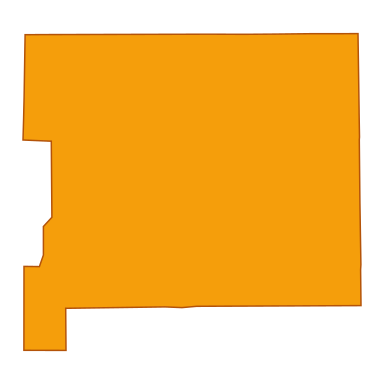 St. Joseph, Indiana, United States of America
{"feature_id": "52423323B40816169935337", "entity_name": "St. Joseph", "entity_type": "district", "adm_level": 2, "iso_a3": "USA", "parent_name": "United States of America", "parent_adm1": "Indiana", "projection": "albers", "projection_center": [-86.288, 41.597], "detail": "fine", "context": "isolated", "style": "filled", "palette": "amber", "viewbox_px": 384, "rotation_deg": 0, "n_neighbors": 0, "source": "geoboundaries", "source_scale": "gbopen_adm2", "svg_char_len": 547}
<svg xmlns="http://www.w3.org/2000/svg" viewBox="0 0 384 384"><path d="M361.0,305.6L360.6,269.6L360.9,264.7L359.9,201.8L359.3,139.8L359.5,137.1L359.1,112.8L359.1,111.0L358.0,33.6L340.8,33.7L312.9,33.7L312.6,33.7L310.9,33.7L274.2,34.1L246.2,34.3L240.1,34.3L211.7,34.2L206.7,34.2L41.3,34.6L28.6,34.7L25.1,34.7L24.1,97.4L23.6,118.8L23.0,140.0L51.3,141.2L51.9,217.3L43.4,226.5L43.4,255.1L39.4,266.6L24.0,266.4L23.9,350.3L66.0,350.4L65.7,308.3L165.1,306.9L182.0,307.6L196.7,306.3L361.0,305.6Z" fill="#f59e0b" stroke="#b45309" stroke-width="1.5"/></svg>